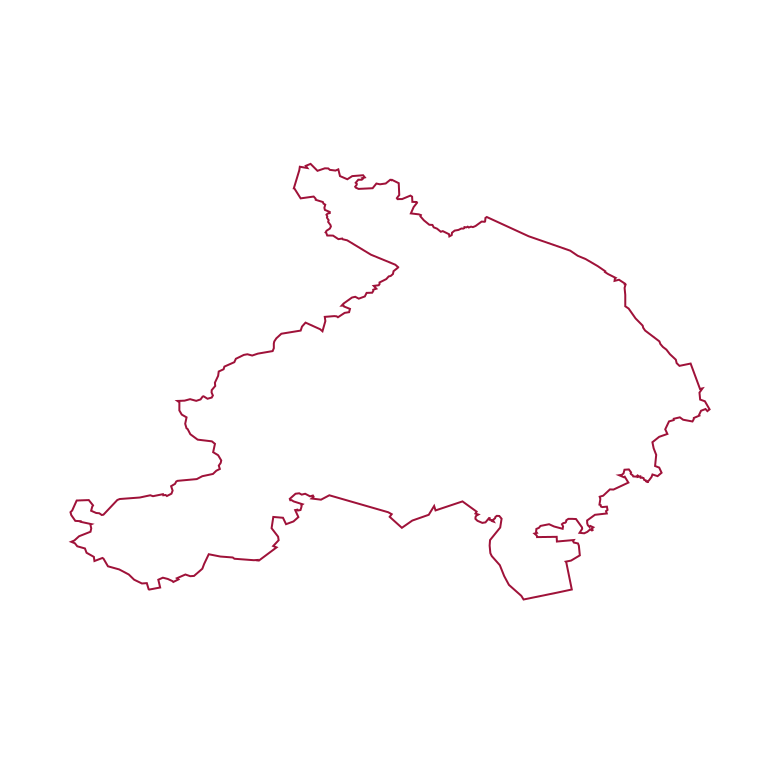 Sēmes pag., Tukums, Latvia, rotated 356°
{"feature_id": "27541924B50458338547666", "entity_name": "Sēmes pag.", "entity_type": "district", "adm_level": 2, "iso_a3": "LVA", "parent_name": "Latvia", "parent_adm1": "Tukums", "projection": "natural_earth1", "projection_center": [23.096, 57.072], "detail": "fine", "context": "isolated", "style": "outline", "palette": "rose", "viewbox_px": 768, "rotation_deg": 356, "n_neighbors": 0, "source": "geoboundaries", "source_scale": "gbopen_adm2", "svg_char_len": 6135}
<svg xmlns="http://www.w3.org/2000/svg" viewBox="0 0 768 768"><g transform="rotate(356 384 384)"><path d="M332.5,166.7L326.1,159.3L321.2,160.9L322.6,163.2L315.2,161.4L314.4,164.9L307.7,182.5L308.2,182.6L313.8,193.0L326.9,192.1L328.7,194.3L328.7,195.5L335.7,198.2L336.2,199.8L337.9,201.0L336.8,204.1L337.2,206.2L341.9,208.6L341.8,209.7L339.6,210.1L338.4,211.1L339.1,212.9L338.7,214.1L340.2,216.7L339.6,218.4L341.7,221.7L342.0,223.2L340.8,225.2L337.4,227.1L336.3,228.7L336.9,229.1L337.7,231.9L343.5,232.4L348.6,236.3L352.5,236.0L352.8,236.7L357.3,238.1L380.0,254.1L403.6,265.8L406.3,268.5L405.9,269.0L401.4,272.1L400.6,274.9L398.2,276.7L396.2,277.0L393.6,279.5L386.6,282.4L386.5,284.1L385.6,285.1L380.6,285.4L383.0,288.4L379.8,289.2L379.8,290.4L378.6,292.1L373.0,291.9L371.0,295.3L364.8,297.1L361.4,295.0L358.1,295.5L349.3,300.9L347.2,302.9L349.2,303.0L349.5,303.9L355.3,306.7L354.2,309.9L349.7,310.3L342.7,314.2L341.5,313.2L339.2,312.8L329.6,312.9L329.9,317.1L326.3,327.1L324.1,324.9L310.0,317.3L306.2,321.0L304.6,324.9L285.1,326.7L279.8,330.9L277.5,333.9L276.9,336.0L276.6,340.6L275.2,343.4L260.3,344.9L254.5,346.4L249.8,344.8L246.2,345.2L238.0,348.5L236.2,351.8L226.0,355.5L225.0,358.1L220.0,360.0L219.1,364.3L215.4,370.9L215.5,374.2L211.7,378.1L211.4,380.5L212.5,383.5L211.2,385.5L206.9,386.4L203.2,383.7L202.2,383.9L199.9,386.6L195.5,387.7L189.5,385.6L183.9,386.7L176.8,386.5L178.6,388.0L178.0,396.1L180.1,400.4L184.7,403.5L182.9,409.8L183.9,414.4L185.0,415.3L187.3,420.6L194.2,426.5L208.3,429.2L211.2,431.9L208.8,440.1L213.6,443.5L216.3,448.9L215.6,451.3L213.5,453.9L214.3,457.3L210.7,458.8L207.1,461.8L196.3,463.3L190.6,465.8L171.3,466.2L169.9,466.8L168.6,469.0L164.5,471.1L165.7,475.6L164.3,478.6L159.6,480.6L158.4,479.5L156.0,479.6L155.8,478.5L145.7,479.8L143.1,478.7L132.5,480.2L112.4,480.3L109.9,481.1L95.0,494.8L93.3,495.0L91.0,493.1L87.9,492.6L83.0,490.0L84.4,486.0L85.3,484.8L81.4,479.2L69.3,478.8L64.1,488.5L62.3,490.0L62.9,493.0L66.5,499.0L71.8,499.7L71.7,500.3L82.4,503.4L81.3,503.8L81.9,507.6L80.9,510.9L69.2,514.6L64.2,518.5L61.0,519.6L64.5,521.3L66.7,524.5L74.2,527.2L75.5,531.6L82.5,536.2L82.8,540.4L91.0,537.9L92.0,538.7L95.9,546.6L106.9,550.5L116.1,556.2L121.1,561.8L128.6,566.1L133.5,566.1L134.9,572.3L135.4,572.7L146.5,571.4L145.2,563.5L149.9,561.8L154.7,563.4L159.3,565.9L160.0,566.8L165.3,564.6L163.9,563.3L172.6,560.2L177.3,562.2L181.1,562.2L189.9,555.6L192.0,551.0L197.3,541.6L208.7,544.7L221.0,546.5L222.6,547.9L241.9,550.7L245.4,550.7L245.2,551.1L246.9,551.4L265.4,539.5L262.2,537.9L268.0,532.5L267.7,528.9L261.8,520.0L264.3,508.9L273.9,510.4L276.5,517.0L284.1,514.8L289.3,510.8L286.6,503.6L288.9,503.3L289.3,504.2L291.9,503.9L293.2,500.5L293.1,499.2L294.4,498.3L285.6,494.8L283.7,493.4L282.4,493.4L282.0,492.0L288.1,487.3L291.8,487.1L294.2,488.6L297.7,488.0L302.4,490.9L305.3,490.3L305.9,491.6L303.9,493.2L313.1,495.0L321.7,491.2L379.2,512.2L382.6,514.4L380.4,516.9L391.8,528.7L402.7,522.2L419.5,517.6L425.5,509.2L426.6,513.7L454.1,506.6L467.5,517.8L466.2,519.6L469.0,520.8L466.9,521.8L466.0,523.1L465.8,524.9L467.7,527.0L472.4,529.4L475.6,529.1L479.5,525.0L480.1,525.2L480.1,525.8L479.3,526.2L479.8,526.8L481.8,527.2L481.8,528.1L483.9,529.0L483.1,527.3L485.4,525.7L485.8,524.5L487.3,523.4L489.8,523.7L491.9,526.6L489.9,535.3L478.9,547.1L478.1,552.6L478.3,560.2L479.5,563.2L486.9,572.8L490.5,584.0L494.6,593.1L506.2,604.9L508.2,608.7L542.2,604.2L557.0,602.1L553.4,574.7L552.9,573.9L558.3,573.2L567.4,568.6L567.1,558.9L566.4,556.6L562.3,555.4L561.6,553.9L562.4,552.9L545.5,553.2L545.6,548.5L526.0,547.4L525.8,545.8L523.7,543.7L526.2,543.2L525.4,542.0L525.9,539.2L528.5,538.3L530.2,536.5L538.9,535.4L543.7,538.0L552.1,540.9L552.7,538.5L551.7,536.3L553.1,535.3L555.2,535.0L556.0,534.2L556.3,532.7L558.5,531.4L562.6,531.7L566.1,532.1L571.5,540.8L571.6,542.3L568.7,546.1L573.3,546.9L576.5,545.7L579.5,543.4L581.2,544.6L581.9,544.3L581.4,542.6L582.8,541.6L579.9,540.0L579.1,541.0L577.5,539.1L577.0,537.2L577.1,534.3L585.3,529.2L597.2,528.7L596.6,526.3L598.2,525.2L597.8,521.9L593.1,522.0L591.8,521.3L591.7,519.9L590.5,519.4L591.8,513.8L591.3,511.5L594.9,510.7L602.0,504.9L605.6,505.3L620.9,499.4L617.7,493.3L616.9,493.8L612.2,491.4L614.9,491.2L616.7,489.9L617.9,486.3L622.3,486.3L624.3,489.4L623.8,490.3L624.1,491.1L625.7,492.4L626.2,493.6L629.3,494.0L630.6,492.9L631.2,493.4L630.9,494.4L633.3,494.0L633.4,495.0L632.6,495.5L635.6,495.2L635.0,495.6L636.3,495.9L636.9,497.9L638.4,498.4L638.5,499.3L639.9,500.2L640.4,500.2L640.4,499.2L641.5,498.8L644.4,495.4L645.5,493.0L650.5,495.0L654.7,491.9L652.7,486.6L648.7,484.7L650.6,473.7L648.5,466.9L647.7,460.8L654.8,455.9L663.2,453.6L661.4,448.8L665.7,441.2L670.5,440.2L670.6,438.9L676.8,437.9L679.9,440.5L689.1,442.9L690.5,440.8L690.7,439.5L696.5,437.5L696.2,436.7L698.4,432.8L703.0,431.4L704.7,433.6L707.0,432.0L702.9,423.6L698.3,421.6L698.1,414.6L701.4,410.6L698.9,411.0L691.3,385.0L680.0,386.5L677.4,383.6L676.8,380.1L671.3,374.2L668.1,369.4L664.8,366.5L662.5,363.4L661.7,360.7L648.2,348.9L646.5,346.0L646.1,343.8L639.5,336.1L633.3,325.8L630.1,323.3L630.9,311.9L630.7,304.9L631.9,301.7L631.1,301.4L631.4,300.7L625.7,296.4L621.2,297.2L621.7,294.8L622.5,294.3L615.1,289.9L612.2,287.7L612.6,287.0L605.4,281.3L593.8,273.4L586.2,269.6L579.1,264.0L538.6,246.7L498.2,224.6L496.8,225.4L496.2,228.8L495.8,229.2L492.7,228.8L486.3,232.8L483.6,233.7L481.8,233.1L479.5,233.8L478.5,232.9L477.1,233.5L475.2,233.1L474.9,234.1L473.9,234.5L472.0,234.3L469.0,235.5L465.2,235.9L462.4,237.8L461.9,240.2L459.5,241.3L459.3,239.1L453.3,235.6L451.3,236.1L447.7,232.7L444.5,231.2L443.4,228.7L440.3,228.3L435.2,223.5L432.0,219.3L432.6,218.1L430.6,217.2L422.7,215.7L425.9,209.6L429.6,205.5L429.2,204.7L425.0,204.3L425.1,199.1L423.5,197.9L414.9,200.8L410.4,200.5L409.8,199.5L412.4,196.5L412.7,184.7L406.2,180.9L405.8,181.3L404.5,180.7L399.7,184.1L393.9,184.5L390.4,183.5L386.3,187.9L372.2,187.6L369.5,186.1L369.0,185.2L370.7,183.3L370.8,182.4L369.8,181.3L372.6,178.4L376.0,178.7L377.2,177.8L376.7,177.1L379.3,176.6L377.7,174.3L366.8,174.4L361.7,177.2L354.6,173.5L353.4,166.7L350.5,167.7L344.9,166.6L343.5,165.1L340.1,164.7L332.5,166.7Z" fill="none" stroke="#9f1239" stroke-width="2"/></g></svg>